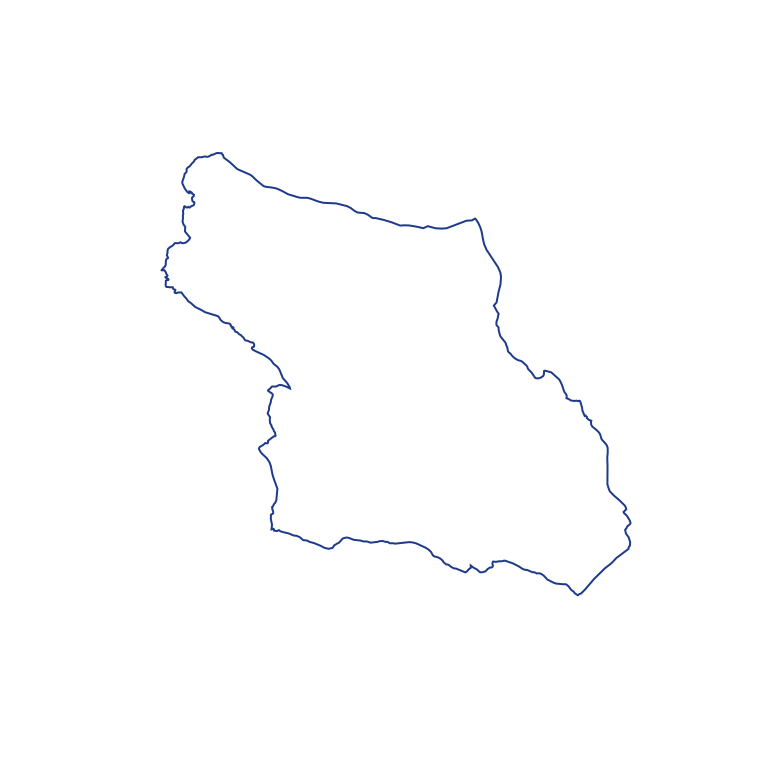 the district of Ruscova, Maramures, Romania, rotated 223°
{"feature_id": "2599482B43305241413801", "entity_name": "Ruscova", "entity_type": "district", "adm_level": 2, "iso_a3": "ROU", "parent_name": "Romania", "parent_adm1": "Maramures", "projection": "robinson", "projection_center": [24.321, 47.803], "detail": "fine", "context": "isolated", "style": "outline", "palette": "blue", "viewbox_px": 768, "rotation_deg": 223, "n_neighbors": 0, "source": "geoboundaries", "source_scale": "gbopen_adm2", "svg_char_len": 6153}
<svg xmlns="http://www.w3.org/2000/svg" viewBox="0 0 768 768"><g transform="rotate(223 384 384)"><path d="M658.0,441.7L658.4,441.5L660.1,442.1L663.8,438.9L665.6,434.8L666.5,434.0L666.9,431.9L667.6,430.4L668.3,429.5L670.3,428.1L672.0,425.5L674.6,423.0L675.3,418.7L674.7,416.9L674.9,414.0L674.6,410.4L675.2,408.7L675.0,406.7L673.3,404.7L673.0,404.1L673.1,401.6L671.8,399.6L669.3,394.1L668.1,393.1L663.0,391.1L659.0,390.3L657.2,390.5L656.2,391.0L656.3,391.4L657.6,392.1L657.2,392.5L655.1,392.9L654.1,392.4L652.1,392.8L651.3,391.8L651.5,389.5L650.7,388.4L648.5,387.0L646.9,387.6L646.0,387.0L645.1,385.0L646.1,382.8L646.5,380.5L648.0,380.1L648.1,379.0L648.4,378.7L649.5,378.2L651.0,378.1L651.2,377.4L649.7,375.3L649.3,373.7L646.8,371.5L645.8,369.7L644.6,368.8L642.1,365.4L639.3,363.9L636.3,363.3L635.8,362.4L633.5,359.8L625.4,358.7L625.0,356.4L625.2,352.8L626.6,350.3L627.9,349.2L629.5,348.9L630.0,347.4L630.7,346.4L633.0,344.5L632.9,342.0L633.2,340.0L633.8,338.4L634.1,335.7L633.1,333.6L631.7,332.2L630.7,330.1L627.9,329.0L627.8,328.7L628.3,327.5L627.9,325.8L624.7,322.0L624.3,319.9L624.5,318.2L624.2,317.0L624.4,316.4L624.3,315.6L623.9,315.6L622.1,317.5L619.5,316.8L618.2,316.0L616.4,315.7L616.2,315.5L616.1,314.6L616.7,313.1L616.1,312.9L613.9,313.6L612.8,313.4L612.7,313.0L613.9,311.5L614.0,310.9L611.3,307.5L610.2,306.8L609.3,306.6L605.8,309.4L604.5,310.7L603.2,309.9L602.0,310.0L600.9,310.6L600.4,310.1L599.9,308.4L599.2,308.1L598.5,308.3L597.6,309.1L597.1,310.4L594.6,312.8L590.5,312.0L586.1,311.6L583.8,311.0L580.4,311.5L574.4,311.6L568.3,313.5L563.8,314.5L551.9,320.3L550.2,320.3L547.2,319.4L544.2,319.5L541.6,320.5L539.1,322.3L537.6,322.9L536.5,322.8L535.9,322.1L534.9,321.9L534.3,321.8L533.7,322.4L533.3,321.6L532.2,322.2L531.9,321.5L530.6,321.7L528.3,320.9L526.9,321.7L523.7,321.7L521.6,322.2L520.7,322.0L518.6,322.1L515.7,321.3L514.5,321.7L513.0,322.7L510.0,323.6L507.9,325.0L506.1,324.5L504.7,323.1L504.7,322.4L505.4,321.1L505.3,320.5L504.8,319.9L503.5,319.6L500.3,320.4L492.0,323.2L486.3,324.2L482.4,324.3L478.8,323.5L473.6,323.8L470.8,323.4L461.9,319.3L455.6,318.7L450.9,317.4L449.7,316.6L453.6,315.4L458.0,313.5L460.1,311.6L461.1,308.6L464.1,305.9L464.3,305.2L464.1,303.2L464.5,301.2L464.4,300.2L464.0,299.9L459.4,300.7L458.0,300.3L457.2,299.2L455.7,295.2L454.3,293.3L452.5,289.1L450.7,286.9L448.9,283.0L444.6,282.0L443.7,280.5L440.7,277.7L438.0,277.0L437.6,276.4L433.2,275.0L432.3,274.4L430.7,274.2L428.1,272.3L428.0,271.5L428.9,270.6L430.0,264.0L430.0,263.2L428.8,262.1L428.7,261.3L429.0,260.8L430.6,259.9L430.7,257.5L431.9,253.3L431.6,251.8L431.0,251.1L427.8,250.1L425.9,249.8L419.2,249.8L414.5,248.7L411.1,247.0L403.9,241.8L400.3,239.7L390.5,234.7L383.5,225.6L382.6,223.1L382.5,220.7L381.8,219.1L381.9,217.6L380.8,216.9L380.4,216.3L377.9,215.0L377.1,214.2L376.8,213.2L377.5,211.7L377.5,211.2L374.7,208.1L369.8,204.6L367.1,200.9L366.5,201.7L366.3,202.6L365.4,202.7L364.4,201.8L361.9,203.5L361.5,205.0L361.0,205.5L359.3,205.6L355.6,207.5L352.1,209.6L346.7,211.6L344.3,213.4L341.2,214.5L336.6,214.7L334.6,216.3L333.1,217.2L331.1,217.6L326.7,219.9L319.9,222.5L316.0,223.5L312.2,225.6L309.9,228.9L309.9,229.9L310.4,231.9L309.8,233.7L309.6,235.0L308.7,237.2L308.8,242.9L307.6,245.0L306.6,246.2L305.1,247.3L299.9,249.4L294.5,253.4L291.4,255.0L289.4,257.0L285.6,258.8L281.0,264.2L280.0,266.1L278.0,268.2L275.2,269.6L273.7,271.0L271.1,271.5L268.6,273.9L267.1,274.7L257.6,285.7L254.9,287.7L251.8,289.4L241.8,292.7L238.3,293.3L234.9,293.2L231.7,292.1L230.2,292.0L225.6,294.3L223.2,294.8L220.5,294.8L219.0,294.3L215.6,294.5L213.5,295.8L210.4,296.0L207.2,296.8L205.3,298.2L196.0,301.7L195.5,303.6L195.7,305.9L195.2,308.8L196.8,310.4L193.3,310.7L189.9,311.7L185.4,311.8L183.7,313.4L182.0,316.2L182.0,319.6L181.3,322.0L180.1,323.4L180.0,324.1L180.0,324.7L180.6,325.5L182.1,326.5L182.8,327.3L183.1,328.6L180.9,330.2L178.7,333.1L177.5,334.1L176.2,335.7L175.9,336.5L175.0,337.3L167.5,340.7L160.8,342.6L156.3,343.3L154.0,344.4L152.5,345.6L147.0,347.6L145.4,349.0L143.2,349.6L141.2,351.6L139.2,352.4L136.6,352.8L131.2,352.4L123.9,354.5L121.9,355.5L116.2,359.9L115.0,361.1L113.8,361.8L111.0,361.9L106.6,361.1L104.0,361.5L101.8,361.1L98.3,361.6L98.0,362.3L97.8,363.7L97.0,365.2L96.8,370.7L97.4,385.0L96.7,400.3L95.4,408.1L95.4,415.1L92.7,430.2L93.5,431.1L94.1,433.8L96.1,436.2L100.6,438.8L104.2,439.4L105.5,439.9L108.2,441.8L108.3,443.8L109.0,445.7L108.5,449.2L108.7,450.1L109.3,450.8L111.3,451.8L114.6,452.8L116.9,453.3L120.5,453.3L121.5,453.8L121.4,457.7L124.5,459.3L132.5,459.5L139.3,459.2L145.7,459.5L148.6,460.9L152.3,463.1L164.8,476.7L170.4,482.3L173.7,486.5L176.9,489.9L179.9,491.3L187.2,492.0L191.9,494.7L194.3,495.2L197.4,495.3L202.6,494.9L204.8,495.6L206.6,497.2L207.3,498.5L209.4,497.6L211.5,497.4L212.4,497.5L213.1,498.3L214.0,498.1L214.8,498.4L215.1,498.4L215.5,497.5L220.8,499.9L222.9,501.7L228.8,505.2L229.7,505.0L230.4,503.8L231.9,503.1L233.1,501.5L235.9,499.5L239.0,498.9L240.8,498.0L242.1,499.8L243.6,500.7L246.0,501.0L247.4,501.5L253.4,504.8L257.5,506.4L259.3,506.8L269.6,506.6L275.3,503.6L275.8,502.8L273.4,499.7L273.0,498.4L273.7,495.6L275.0,493.3L276.8,491.9L277.6,491.6L283.9,493.0L289.1,493.3L290.7,494.2L292.4,494.7L298.6,494.5L299.5,494.3L302.6,492.7L306.1,492.0L308.7,491.9L312.2,492.4L315.0,492.3L315.8,492.6L319.2,495.1L320.1,495.3L323.4,497.1L330.8,498.1L332.7,498.9L336.6,501.4L338.8,503.5L341.7,503.8L343.0,504.7L344.3,506.5L345.9,510.1L346.6,510.9L347.7,513.1L348.2,513.6L350.7,514.1L357.2,516.3L357.3,520.4L363.4,530.1L366.7,536.2L371.4,542.1L374.8,544.8L380.3,547.2L400.6,552.1L405.6,554.3L408.8,556.3L417.1,562.4L420.4,564.2L424.4,565.9L428.5,567.0L430.2,567.1L431.3,563.6L435.1,559.6L444.5,540.5L447.7,537.1L452.4,533.1L459.6,529.3L461.5,524.8L467.6,521.2L473.6,517.2L477.2,514.1L480.2,510.9L488.6,507.5L496.5,503.6L503.4,499.6L504.7,498.2L505.9,497.5L511.3,496.8L514.9,495.6L520.4,491.3L523.7,490.5L528.6,490.0L532.5,488.8L542.1,483.5L552.0,475.1L556.8,472.5L563.8,469.6L567.2,467.8L572.0,463.3L574.5,461.8L583.7,457.3L589.8,455.8L595.5,453.9L599.3,451.7L604.7,447.8L607.0,446.6L616.0,446.0L622.2,446.1L624.5,445.8L637.9,441.1L647.6,441.1L655.6,440.3L658.0,441.7Z" fill="none" stroke="#1e3a8a" stroke-width="2"/></g></svg>